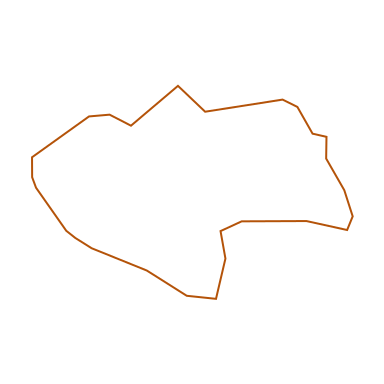 map outline of Pamplemousses (Mercator projection), rotated 274°
{"feature_id": "MUS-5187", "entity_name": "Pamplemousses", "entity_type": "District", "adm_level": 1, "iso_a3": "MUS", "parent_name": "Mauritius", "parent_adm1": "", "projection": "mercator", "projection_center": [57.563, -20.102], "detail": "fine", "context": "isolated", "style": "outline", "palette": "amber", "viewbox_px": 384, "rotation_deg": 274, "n_neighbors": 0, "source": "natural_earth", "source_scale": "10m", "svg_char_len": 491}
<svg xmlns="http://www.w3.org/2000/svg" viewBox="0 0 384 384"><g transform="rotate(274 192 192)"><path d="M87.1,223.4L88.1,194.0L110.5,152.4L128.9,95.8L138.0,78.8L144.5,69.3L185.4,36.1L195.6,31.5L215.5,30.0L260.2,84.0L263.4,104.4L253.9,126.5L296.9,170.6L273.0,199.5L290.5,275.9L284.2,291.2L258.6,308.2L256.4,322.3L234.7,323.5L204.4,343.8L178.9,354.0L164.9,349.4L171.0,308.2L166.2,243.6L155.0,223.2L127.9,230.0L95.2,224.7L87.1,223.4Z" fill="none" stroke="#b45309" stroke-width="2"/></g></svg>